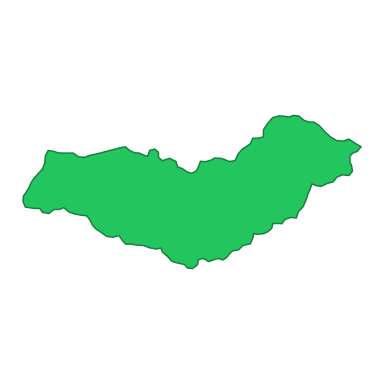 the district of Alfredo Vasconcelos, Minas Gerais, Brazil
{"feature_id": "56859067B6274472295952", "entity_name": "Alfredo Vasconcelos", "entity_type": "district", "adm_level": 2, "iso_a3": "BRA", "parent_name": "Brazil", "parent_adm1": "Minas Gerais", "projection": "orthographic", "projection_center": [-43.711, -21.14], "detail": "fine", "context": "isolated", "style": "filled", "palette": "green", "viewbox_px": 384, "rotation_deg": 0, "n_neighbors": 0, "source": "geoboundaries", "source_scale": "gbopen_adm2", "svg_char_len": 1970}
<svg xmlns="http://www.w3.org/2000/svg" viewBox="0 0 384 384"><path d="M313.9,122.1L309.4,122.1L304.3,120.5L298.7,116.0L293.1,115.5L288.9,117.2L284.5,116.2L278.6,116.0L272.6,117.7L267.8,123.3L263.4,129.8L263.4,136.9L258.6,138.1L252.7,138.3L250.4,143.7L246.0,146.7L242.0,149.4L238.2,153.9L235.0,160.7L229.3,161.5L221.9,158.5L214.8,158.0L210.9,160.2L205.4,161.7L200.4,161.3L198.5,166.9L196.2,171.0L191.6,173.4L187.1,171.8L182.2,168.6L177.6,166.8L176.0,161.5L169.6,158.3L162.3,160.7L158.6,157.5L158.4,152.2L154.7,149.1L149.7,150.4L147.5,156.3L143.3,155.0L139.1,153.0L134.7,152.8L129.8,150.6L125.3,146.9L121.0,147.5L116.2,148.9L110.9,150.2L106.5,151.4L100.1,153.1L93.5,154.6L88.9,155.6L84.9,157.3L78.5,156.8L73.2,153.1L65.0,153.1L58.3,152.9L53.3,151.2L48.2,150.5L45.3,155.9L44.8,162.8L42.7,168.7L38.1,173.8L34.0,178.3L31.0,182.9L29.0,187.4L26.3,192.0L23.5,195.9L23.0,201.6L25.4,207.1L33.6,208.3L39.8,208.5L42.5,212.4L49.0,213.5L54.0,209.5L59.5,209.4L63.8,207.7L69.2,212.2L75.5,214.1L80.6,215.1L86.6,215.8L89.8,219.8L92.6,225.4L96.2,229.1L100.3,231.8L106.7,236.4L113.2,237.2L119.0,235.6L122.2,240.2L125.6,244.1L130.9,244.1L137.3,245.1L143.6,245.5L149.7,247.8L156.5,249.1L160.9,248.0L162.5,252.2L167.3,256.2L171.9,261.3L177.1,262.9L184.5,264.5L187.3,267.9L192.5,268.5L197.3,265.0L198.7,259.6L203.3,258.4L208.8,261.6L214.1,259.6L218.4,258.4L223.0,259.9L226.7,257.4L229.5,253.8L232.7,250.8L238.9,249.7L242.8,245.5L250.3,243.8L252.7,238.4L253.6,234.0L259.1,234.2L264.1,233.5L268.0,231.6L271.7,228.4L272.8,223.7L277.2,223.4L281.8,223.7L285.0,219.5L290.9,217.4L296.3,218.0L298.3,211.9L303.1,206.7L306.0,200.1L307.7,194.7L310.2,188.8L312.0,183.8L316.0,185.6L321.2,186.3L327.4,183.4L333.0,181.9L336.8,177.2L342.3,174.8L349.0,175.5L352.4,171.3L351.7,166.1L350.0,162.0L349.8,156.5L352.7,153.1L357.1,151.5L361.0,146.8L355.2,143.3L348.8,139.1L343.5,141.1L336.6,140.6L330.5,136.9L325.4,132.3L322.3,129.0L319.0,125.3L313.9,122.1Z" fill="#22c55e" stroke="#15803d" stroke-width="1.5"/></svg>